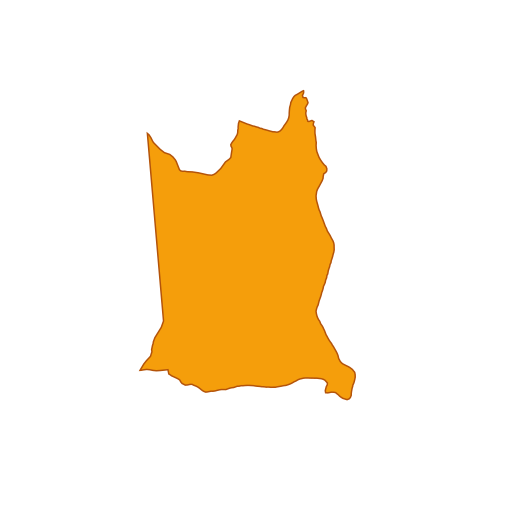 the district of Cidade De Lichinga, Niassa, Mozambique, rotated 217°
{"feature_id": "85939544B62365198391986", "entity_name": "Cidade De Lichinga", "entity_type": "district", "adm_level": 2, "iso_a3": "MOZ", "parent_name": "Mozambique", "parent_adm1": "Niassa", "projection": "natural_earth1", "projection_center": [35.229, -13.307], "detail": "fine", "context": "isolated", "style": "filled", "palette": "amber", "viewbox_px": 512, "rotation_deg": 217, "n_neighbors": 0, "source": "geoboundaries", "source_scale": "gbopen_adm2", "svg_char_len": 4778}
<svg xmlns="http://www.w3.org/2000/svg" viewBox="0 0 512 512"><g transform="rotate(217 256 256)"><path d="M263.5,107.0L257.9,112.2L254.6,109.3L253.1,109.5L251.3,109.5L249.6,109.9L247.7,110.3L245.9,110.7L244.1,111.0L242.3,111.1L240.4,110.2L238.3,109.7L236.7,110.0L234.8,110.3L233.1,111.8L231.4,113.8L229.9,115.0L228.0,115.3L226.0,115.9L224.0,116.3L222.5,116.4L220.8,116.4L219.1,116.3L217.6,116.3L216.1,116.5L214.3,117.0L213.2,118.0L211.5,119.9L210.5,121.0L209.0,122.1L207.5,123.6L206.1,125.4L204.6,127.2L203.3,128.5L201.7,129.7L199.7,131.2L198.6,132.9L197.4,134.7L196.2,136.1L194.7,137.5L193.5,139.3L192.7,140.6L191.1,141.9L189.9,143.4L188.3,144.6L186.9,145.9L185.0,147.5L183.5,148.6L181.7,149.8L179.9,151.0L178.3,151.8L176.4,152.9L174.7,154.0L172.7,155.1L171.0,156.3L169.0,157.4L167.1,158.9L165.1,160.1L163.2,161.6L161.6,162.8L160.2,164.4L158.4,166.3L157.2,167.6L156.0,169.0L154.3,170.6L153.0,172.4L151.6,174.6L150.6,176.6L149.9,178.4L148.8,180.4L148.1,182.2L147.0,184.1L145.9,185.4L144.5,187.1L142.8,188.6L141.2,189.8L139.4,191.0L137.8,192.2L135.8,193.6L133.8,195.1L131.9,196.2L130.0,197.3L128.1,198.0L126.3,198.3L124.7,198.0L122.6,197.6L121.5,195.9L121.3,194.2L120.5,192.1L119.6,190.1L118.1,188.7L116.3,189.9L115.0,191.3L113.9,192.6L111.9,194.0L110.3,194.8L108.4,194.7L106.6,194.7L104.9,194.4L103.0,194.4L100.9,194.6L99.0,195.3L96.8,196.1L95.6,198.1L95.5,199.8L96.1,202.0L97.3,203.7L98.3,205.5L99.6,208.1L100.3,210.0L101.0,211.3L101.3,212.9L101.9,214.7L102.9,217.0L103.9,219.0L105.5,221.0L107.2,222.5L108.9,222.9L110.7,223.4L112.3,223.4L114.0,223.4L116.2,223.1L118.1,222.7L119.8,222.4L121.6,222.1L123.3,222.1L125.3,222.5L127.0,223.3L128.3,223.9L130.7,225.9L132.5,227.0L134.1,227.8L135.9,228.6L138.0,229.5L139.8,230.3L141.5,230.8L143.1,231.6L144.6,232.0L145.9,232.4L147.2,232.9L149.1,233.7L151.0,234.6L152.7,235.3L154.6,236.5L156.5,237.7L158.1,238.5L159.5,239.3L161.4,240.1L163.6,240.8L165.8,242.2L167.7,242.8L169.5,243.7L171.4,244.9L173.2,246.4L174.9,248.1L175.9,250.4L176.5,252.1L176.9,254.2L177.8,256.3L178.6,258.2L179.2,260.1L179.8,262.1L180.6,264.3L181.5,266.3L182.1,268.4L182.9,270.5L183.9,272.5L184.2,274.2L184.8,276.5L185.9,278.7L186.5,281.1L187.7,283.2L187.9,284.8L189.4,287.7L190.2,289.9L190.8,291.8L191.8,293.9L192.1,295.7L193.1,297.6L193.7,299.5L194.5,301.7L195.4,303.7L196.2,305.9L197.3,308.0L198.9,310.0L200.3,311.8L201.8,313.2L203.5,314.3L205.5,315.2L207.1,315.9L208.6,316.7L210.2,317.4L212.3,318.2L214.1,318.9L216.4,320.4L218.4,321.3L220.4,322.6L222.4,323.9L224.1,325.0L226.2,326.3L227.9,327.2L229.7,328.5L231.6,329.9L233.2,330.7L235.0,332.0L236.6,333.3L238.4,334.7L240.4,336.2L242.2,337.8L243.2,339.0L244.2,340.1L245.3,342.1L246.4,344.1L247.0,346.1L247.3,347.9L247.5,349.7L247.9,352.1L248.2,354.2L248.5,356.0L249.2,358.4L250.3,360.1L251.4,362.5L250.6,364.6L250.7,366.5L251.9,368.3L254.1,369.7L256.2,369.8L259.1,370.5L261.9,371.4L265.0,372.7L267.9,374.5L270.4,376.1L272.3,377.9L274.5,380.4L276.1,382.8L277.8,384.4L280.1,386.9L282.6,389.3L283.8,390.8L284.9,392.3L285.5,393.3L285.7,393.5L286.2,394.2L287.6,394.5L289.1,395.0L290.0,396.5L290.5,398.1L292.9,397.9L293.7,396.7L294.6,395.4L295.2,394.9L295.8,394.8L296.6,395.6L297.9,396.1L298.8,397.1L300.2,398.0L301.6,399.3L302.5,400.4L302.9,401.4L303.4,402.3L305.0,403.2L305.8,404.2L306.1,405.9L306.4,408.7L306.8,409.8L309.0,411.3L310.1,412.0L311.0,412.4L311.5,412.4L312.7,411.4L313.9,410.9L315.7,412.4L315.9,414.2L316.5,415.5L317.3,416.4L317.3,417.1L318.3,415.2L319.0,413.4L319.9,411.1L320.6,409.4L321.3,408.0L321.6,406.3L321.5,403.9L321.0,401.6L320.6,399.6L319.5,397.5L318.6,395.1L317.1,392.6L315.6,390.3L314.2,388.4L313.1,386.2L312.4,384.0L312.1,381.6L312.0,379.2L312.0,377.0L311.7,374.8L311.7,372.4L312.0,370.4L312.7,368.8L313.7,367.5L315.8,366.4L317.4,365.3L319.1,364.6L320.8,363.9L322.7,363.2L324.7,362.4L326.5,361.6L328.2,361.3L329.7,360.4L331.6,360.1L333.4,359.3L335.3,358.7L336.8,357.9L338.9,357.3L340.8,356.7L342.4,356.1L350.6,353.9L349.8,351.4L348.0,348.4L347.9,348.2L347.0,347.2L346.5,346.0L346.0,345.1L345.1,343.9L344.5,342.7L344.1,341.6L343.9,340.2L343.7,338.8L343.5,337.3L343.4,335.6L343.5,333.7L343.4,331.5L343.1,329.7L341.9,328.6L340.7,328.1L339.7,327.4L339.4,326.9L339.0,326.2L337.9,324.1L335.4,319.5L335.6,317.3L337.0,312.7L336.8,304.6L337.8,298.3L338.5,296.2L339.9,293.9L343.4,291.7L352.0,287.8L357.5,284.8L361.7,281.9L364.0,280.8L365.5,279.5L367.3,278.7L369.0,278.8L376.5,283.4L378.3,284.2L382.0,285.1L386.0,285.2L391.4,283.4L396.8,283.5L405.6,284.8L407.3,285.3L411.1,287.2L414.4,288.4L416.5,288.5L290.7,148.4L288.7,142.0L287.6,129.9L286.3,125.6L285.5,124.3L284.8,122.2L283.0,118.4L281.5,116.9L279.9,112.4L280.5,106.4L280.6,102.3L279.9,95.6L279.8,94.9L279.1,95.5L277.6,97.1L275.1,99.6L272.5,101.2L269.5,102.6L266.5,104.4L263.5,107.0Z" fill="#f59e0b" stroke="#b45309" stroke-width="1.5"/></g></svg>